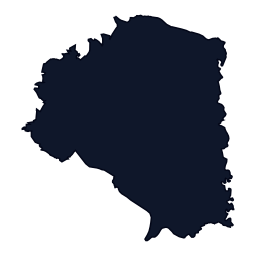 Tubas, West Bank, Palestine
{"feature_id": "87354302B78640432651808", "entity_name": "Tubas", "entity_type": "district", "adm_level": 2, "iso_a3": "PSE", "parent_name": "Palestine", "parent_adm1": "West Bank", "projection": "mercator", "projection_center": [35.475, 32.295], "detail": "fine", "context": "isolated", "style": "filled", "palette": "ink", "viewbox_px": 256, "rotation_deg": 0, "n_neighbors": 0, "source": "geoboundaries", "source_scale": "gbopen_adm2", "svg_char_len": 5779}
<svg xmlns="http://www.w3.org/2000/svg" viewBox="0 0 256 256"><path d="M230.2,227.1L230.0,226.3L230.4,225.8L232.5,225.6L232.9,225.3L233.0,224.8L230.7,222.1L230.7,218.9L230.3,218.3L229.1,218.4L226.5,220.5L225.6,220.5L225.0,220.0L225.0,218.7L226.1,217.2L226.6,215.7L227.7,214.1L227.6,213.7L225.8,212.8L225.5,211.6L226.0,209.7L226.7,209.3L227.1,209.5L227.4,211.1L228.3,211.5L228.7,211.4L229.5,209.9L230.9,209.0L231.8,209.0L232.7,209.6L233.7,209.5L233.7,209.0L233.2,208.1L233.0,205.8L231.7,203.5L231.2,203.4L230.2,204.6L229.5,204.6L227.0,202.5L226.7,201.9L227.1,201.1L229.3,199.9L230.1,199.8L232.4,200.7L233.1,200.4L233.3,199.7L232.5,198.1L230.2,198.6L229.9,198.4L229.5,197.8L229.6,196.9L230.5,195.3L230.9,190.0L230.7,189.1L229.7,188.5L228.8,188.5L228.5,188.9L228.7,190.1L228.4,190.7L227.3,191.1L226.1,191.0L225.1,189.6L224.5,185.8L222.1,184.9L221.3,182.5L221.7,181.9L222.9,181.8L223.6,182.0L224.2,183.1L225.0,183.1L225.8,182.6L225.8,182.1L225.4,181.4L225.2,180.3L225.3,178.7L225.6,178.3L226.5,178.7L227.0,179.3L227.2,180.5L227.7,181.3L228.5,181.8L229.2,181.8L230.2,181.1L230.2,180.7L229.7,180.4L228.5,180.3L228.2,179.5L229.8,177.9L230.5,178.5L231.3,178.4L232.1,176.8L231.8,176.0L230.6,175.4L230.1,174.8L229.9,172.5L229.1,170.7L228.1,170.2L225.9,170.3L225.3,170.0L224.9,169.3L224.7,168.5L224.9,167.2L225.2,165.6L226.6,161.9L226.8,159.3L223.5,157.6L223.0,156.8L222.3,152.9L221.3,149.2L221.6,148.8L223.9,148.6L225.6,147.0L226.9,146.7L227.6,146.1L227.8,145.3L227.6,144.8L227.1,144.2L227.1,142.9L227.3,142.0L228.3,140.5L228.8,138.7L228.6,137.2L228.4,136.1L227.1,133.3L226.1,131.8L225.0,129.3L224.6,127.6L221.5,125.9L219.5,125.4L218.6,124.4L218.7,123.9L220.0,123.4L220.6,122.9L220.8,121.7L221.6,120.8L223.1,120.2L222.1,120.0L223.1,119.3L222.9,118.0L225.3,115.6L225.9,114.0L223.9,110.8L223.6,109.5L223.9,107.6L223.0,106.0L221.6,104.6L217.9,103.1L217.5,102.8L217.3,102.3L217.5,100.8L219.0,98.6L218.6,95.3L220.6,93.8L220.7,93.1L219.7,90.1L219.2,86.5L218.4,82.8L217.9,81.7L221.0,78.3L222.3,77.7L222.5,77.2L220.3,74.2L218.8,71.2L218.8,70.6L219.9,69.7L220.3,68.9L219.8,68.3L218.4,67.8L217.7,66.6L217.6,64.9L218.3,62.7L217.1,59.7L217.5,59.3L218.5,59.7L219.9,59.7L221.3,60.9L222.0,62.4L221.0,64.3L221.0,65.1L221.8,65.9L222.5,65.7L226.0,57.1L225.7,55.2L226.2,53.8L226.1,52.9L225.3,51.0L225.1,49.7L223.1,47.4L223.3,45.2L224.9,42.8L224.7,42.2L223.8,42.0L223.0,41.5L221.2,41.2L218.5,38.5L218.1,38.6L217.8,38.1L217.2,38.8L215.9,38.2L212.7,38.5L209.2,39.8L207.9,39.8L205.9,38.9L202.8,36.1L199.0,34.3L191.7,32.2L190.1,32.3L186.3,30.5L181.5,29.1L171.7,26.8L170.4,27.1L170.2,26.3L166.7,24.5L161.9,20.1L159.8,18.7L157.8,17.9L152.0,17.1L150.5,16.6L149.0,16.6L148.3,16.2L147.0,16.5L144.2,16.2L143.2,16.7L140.8,15.4L138.6,15.9L137.0,15.7L136.6,15.8L136.3,16.5L133.2,18.0L132.2,17.7L130.4,17.7L130.3,18.7L129.6,20.8L127.6,22.3L127.1,22.4L120.8,20.3L119.1,19.2L116.0,16.6L115.7,17.0L114.1,17.5L115.7,21.8L117.3,23.9L117.5,26.7L116.1,28.4L112.1,34.6L111.6,36.2L109.9,39.2L109.5,39.0L110.3,36.6L109.9,35.9L103.6,34.1L101.3,34.5L102.7,38.3L102.8,42.7L101.8,44.4L102.7,44.8L102.0,45.7L98.8,41.7L96.4,40.0L94.7,39.2L94.3,40.2L92.9,40.4L91.0,38.7L88.4,39.4L88.3,40.7L90.0,42.5L89.9,49.8L89.3,52.0L86.3,56.3L85.0,56.0L80.5,60.0L77.8,57.9L76.7,58.4L76.3,56.8L76.8,56.3L76.7,55.7L78.1,55.6L78.7,56.2L79.8,55.1L79.1,53.7L78.0,54.2L77.1,52.5L77.0,51.8L74.9,50.3L75.3,45.1L69.8,48.2L69.8,49.1L70.6,50.2L70.8,51.2L69.9,51.2L70.0,50.6L67.2,50.3L69.0,53.6L66.6,53.5L63.9,54.1L62.9,53.8L62.3,54.0L62.7,54.6L63.9,55.7L63.6,57.5L62.4,58.7L60.1,60.2L59.5,60.2L56.2,59.2L55.7,59.4L54.2,58.9L52.1,59.0L51.4,59.4L50.6,59.2L46.9,62.2L46.2,63.3L43.7,64.0L41.9,72.0L43.7,72.2L45.2,72.9L44.7,74.3L42.3,75.0L42.8,75.8L43.1,78.3L42.8,81.5L44.0,82.4L42.8,82.6L39.4,82.3L36.8,83.2L35.2,84.4L35.2,84.7L38.0,85.3L39.3,85.9L39.2,86.7L38.7,86.7L38.7,88.5L34.9,88.1L34.2,89.2L36.7,92.5L39.2,97.7L40.3,98.3L41.3,98.4L41.9,99.4L43.4,100.6L44.0,100.9L44.9,100.8L43.4,102.5L45.2,103.5L43.2,106.2L40.3,111.5L39.9,111.5L36.6,109.1L36.5,110.5L36.8,111.2L36.0,119.5L33.6,120.7L33.7,121.8L28.1,122.8L29.8,124.3L26.4,124.4L26.3,126.0L25.8,127.7L24.2,127.1L22.3,128.4L22.3,129.3L24.7,129.0L25.4,130.8L26.7,130.6L27.0,131.3L28.7,131.3L28.8,130.7L31.7,131.2L31.4,132.0L31.4,136.5L35.3,142.2L40.1,144.2L39.5,145.8L40.2,146.8L41.5,147.3L41.4,147.6L41.7,147.8L41.8,147.6L42.2,148.2L42.0,149.5L41.2,149.7L41.2,149.9L43.6,150.3L45.8,151.2L49.2,153.6L49.6,154.1L49.7,154.6L50.3,154.7L50.6,155.2L53.4,156.4L55.0,157.6L55.8,157.6L56.7,158.3L57.5,157.9L58.9,158.2L59.6,158.8L59.8,160.3L61.9,161.8L66.6,159.1L68.3,158.9L67.5,157.8L67.8,157.2L70.0,156.8L70.3,156.2L72.3,154.2L73.9,151.9L75.4,150.3L85.8,163.7L89.5,166.7L97.1,167.9L99.8,168.7L101.8,169.6L104.3,170.0L114.5,176.3L113.9,177.3L114.0,178.2L113.2,180.1L112.7,180.7L112.6,181.7L112.7,182.4L113.0,182.5L113.9,183.8L114.5,185.0L114.4,185.6L114.7,186.1L115.5,186.4L114.9,187.2L115.1,187.6L116.6,187.0L117.5,187.2L118.5,188.1L118.6,189.3L119.6,191.5L121.7,193.6L127.0,196.9L130.8,200.0L146.9,210.5L150.0,213.2L151.4,217.4L150.9,222.5L150.2,226.8L149.1,231.3L147.4,235.0L145.0,239.1L145.8,240.5L147.1,240.6L148.6,239.7L151.7,237.0L154.8,237.0L156.7,235.6L158.4,233.6L160.9,229.4L162.2,228.1L165.7,227.2L167.2,227.4L168.6,228.0L172.2,231.6L173.7,233.6L179.2,236.6L183.7,237.8L184.7,237.6L185.4,236.4L187.8,234.5L189.1,234.2L191.6,237.1L193.4,237.1L194.5,236.3L194.9,235.4L195.1,234.1L195.0,233.5L195.5,233.1L198.2,232.6L198.4,230.8L201.2,229.1L201.3,228.7L200.6,228.0L200.6,227.0L201.4,226.4L204.2,225.3L204.5,225.0L204.6,223.8L205.0,223.4L205.9,223.7L207.6,223.2L208.6,222.6L209.7,222.8L210.9,222.4L213.3,223.3L214.0,223.2L214.6,223.7L215.2,223.1L216.8,222.7L218.0,221.9L219.1,222.0L221.1,223.2L221.9,223.4L223.3,225.2L226.2,225.6L227.5,226.5L230.2,227.1Z" fill="#0f172a" stroke="#020617" stroke-width="1.5"/></svg>